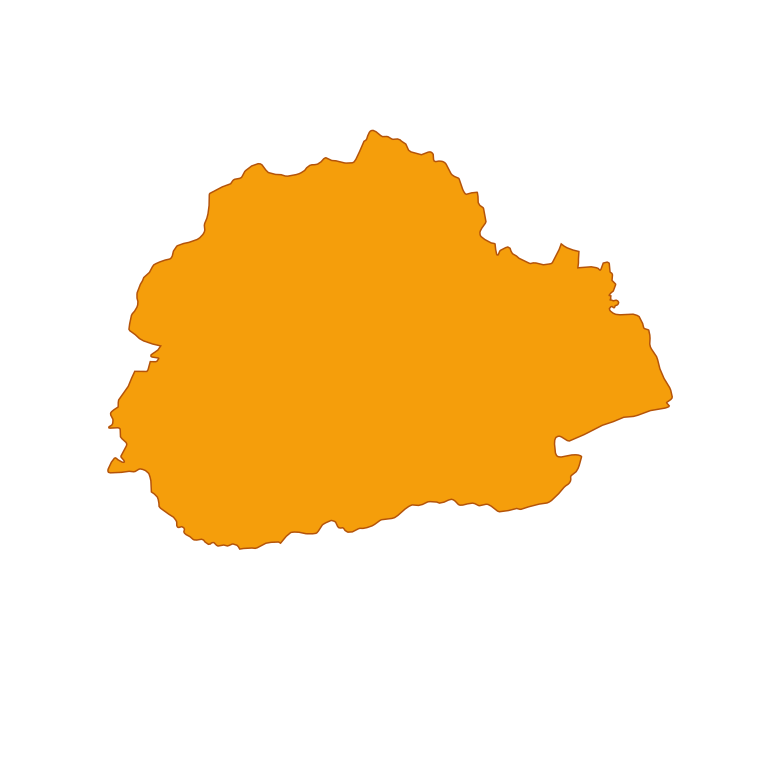 outline of Tan Ky, Nghệ An, Vietnam, rotated 28°
{"feature_id": "81297802B12421029194754", "entity_name": "Tan Ky", "entity_type": "district", "adm_level": 2, "iso_a3": "VNM", "parent_name": "Vietnam", "parent_adm1": "Nghệ An", "projection": "equal_earth", "projection_center": [105.224, 19.102], "detail": "fine", "context": "isolated", "style": "filled", "palette": "amber", "viewbox_px": 768, "rotation_deg": 28, "n_neighbors": 0, "source": "geoboundaries", "source_scale": "gbopen_adm2", "svg_char_len": 6170}
<svg xmlns="http://www.w3.org/2000/svg" viewBox="0 0 768 768"><g transform="rotate(28 384 384)"><path d="M367.4,573.1L369.2,564.3L371.4,558.9L372.1,558.3L374.3,556.8L378.5,554.8L385.5,552.8L391.4,549.7L394.0,547.8L394.6,546.8L395.1,544.6L395.7,537.6L396.1,536.5L397.8,533.8L401.2,529.5L401.8,529.1L404.0,528.6L406.0,528.6L410.0,531.6L411.6,532.1L413.4,531.5L415.0,530.3L416.4,530.5L418.4,531.6L421.0,531.8L421.8,531.7L425.5,529.4L429.4,523.8L430.5,522.7L433.2,521.4L436.4,518.8L440.1,514.8L441.7,512.2L444.5,506.4L445.5,505.0L454.2,498.9L456.1,497.0L457.9,493.6L461.3,484.5L463.4,480.4L464.7,478.6L465.7,477.5L471.5,475.0L474.5,472.3L478.0,467.5L479.9,466.2L485.9,463.5L488.9,463.1L492.5,460.1L495.5,456.1L497.7,454.1L499.6,453.7L501.8,454.0L506.3,455.5L508.0,455.3L510.4,453.9L513.9,450.7L518.1,447.6L520.4,447.0L524.6,446.9L525.5,446.6L530.6,442.2L532.3,441.5L536.0,441.5L543.9,442.9L545.9,442.6L553.3,437.3L559.6,431.6L562.9,430.8L563.9,430.2L569.4,424.5L577.5,417.1L583.8,412.5L585.3,410.6L586.6,408.2L589.7,398.8L591.4,390.9L592.2,388.7L593.6,386.1L594.2,384.1L594.2,382.1L593.7,380.5L592.4,378.4L592.3,377.6L592.3,377.0L594.8,371.2L595.0,367.5L594.6,364.4L592.7,355.9L592.4,355.3L591.3,355.1L588.9,355.5L586.5,356.5L583.1,358.5L574.7,365.3L572.3,366.3L571.1,366.4L569.9,366.1L567.8,364.5L562.7,356.9L561.1,353.4L560.8,350.6L562.1,348.6L563.4,347.7L565.4,347.4L572.4,347.9L574.4,347.3L584.3,334.9L596.2,317.9L604.1,309.6L611.3,300.8L619.5,295.5L622.7,292.5L631.7,282.4L643.6,273.2L645.2,271.5L646.1,270.3L646.1,269.4L642.5,268.0L642.2,267.6L644.5,263.1L644.9,261.3L644.5,260.0L640.1,254.9L637.9,253.1L628.6,247.6L620.5,241.1L614.2,234.1L611.8,231.9L603.6,227.5L601.8,226.2L599.9,224.0L597.4,218.7L595.7,216.0L592.5,212.2L591.8,212.1L588.1,212.8L587.3,212.6L586.7,212.2L584.0,209.2L577.6,204.7L575.3,204.6L571.2,205.4L559.9,212.1L555.9,213.7L553.1,213.9L550.0,213.4L548.6,212.8L547.6,211.6L548.0,209.4L548.9,208.5L550.8,208.8L551.4,208.6L551.6,207.8L551.4,206.2L552.4,205.3L553.0,204.4L553.2,203.1L552.8,201.7L551.3,200.9L549.6,201.0L547.4,202.9L545.3,203.1L544.4,203.6L544.0,203.0L544.1,202.0L543.5,201.2L543.0,199.7L541.3,200.1L541.1,199.7L541.6,197.1L542.8,194.2L541.9,187.6L541.5,187.0L536.7,185.5L534.7,180.8L534.1,179.9L533.1,179.3L531.4,179.1L530.8,178.7L526.4,172.0L525.7,171.5L523.8,171.6L520.8,174.3L521.7,180.9L521.5,181.9L520.9,182.1L518.7,181.4L516.7,181.7L512.0,183.2L500.6,190.4L498.9,185.9L497.1,182.5L493.9,175.5L487.9,177.0L481.7,177.8L478.4,177.7L474.7,177.1L475.5,183.0L475.7,197.4L475.5,198.4L475.0,199.3L473.4,200.6L468.8,203.9L461.4,205.8L458.9,207.0L456.8,208.9L455.4,209.2L444.1,209.6L440.9,208.8L436.9,208.7L435.7,208.3L433.7,207.0L431.6,205.0L429.0,204.9L427.4,206.5L424.2,211.1L423.8,212.3L424.2,216.3L423.5,216.9L423.1,216.9L422.5,216.5L419.5,212.9L416.3,208.2L415.3,208.2L412.5,209.1L405.3,209.1L400.6,208.3L399.6,207.8L398.7,207.0L397.5,205.1L397.2,203.6L397.2,200.5L398.0,194.5L397.8,192.8L389.5,182.3L388.7,181.8L384.7,181.3L382.0,179.6L379.0,174.4L376.6,171.2L376.2,171.0L371.6,174.1L367.6,177.9L366.2,177.8L364.1,176.7L362.2,175.3L354.1,167.7L353.2,167.3L348.8,167.7L346.0,167.4L344.4,166.8L335.6,160.7L333.7,160.0L331.4,160.0L329.8,160.5L327.8,161.4L325.2,163.4L323.7,163.6L322.4,162.6L319.6,158.1L318.2,157.4L316.5,157.2L315.6,157.5L314.2,158.5L309.4,164.0L298.9,166.4L295.9,166.0L290.6,161.9L285.4,161.4L283.6,160.9L280.9,161.3L277.0,163.8L275.7,164.0L271.5,163.8L270.2,164.2L266.5,166.3L264.4,166.2L258.5,165.0L255.3,165.2L254.1,166.0L253.3,167.0L252.9,168.7L253.1,172.5L253.7,175.7L253.5,177.3L252.4,179.1L253.3,190.1L253.7,198.9L253.3,202.0L252.3,203.5L247.1,206.6L245.5,207.3L236.8,209.5L232.9,211.2L226.6,211.5L226.0,211.9L225.1,213.4L224.1,217.4L222.1,221.1L220.0,222.8L217.3,224.4L215.8,225.9L214.2,229.4L213.7,232.7L211.7,236.3L210.3,238.2L208.1,240.4L201.4,245.7L199.3,246.7L194.9,247.5L189.8,249.9L182.6,251.6L179.3,250.6L173.4,247.8L171.5,247.7L169.4,248.6L164.8,253.6L161.6,260.6L161.3,261.8L161.3,267.8L161.0,268.9L160.0,270.2L156.1,273.3L155.3,274.5L155.0,275.6L154.6,279.2L148.7,285.8L140.8,297.4L140.7,298.3L141.1,299.3L145.8,308.6L148.7,316.4L149.8,320.9L150.3,326.4L150.9,328.3L153.5,332.2L154.0,334.2L153.9,337.0L152.7,341.4L151.2,344.1L145.3,350.5L141.0,354.1L136.6,359.0L136.3,359.8L135.7,365.5L137.0,370.5L136.9,372.7L136.2,374.2L132.6,377.3L128.8,381.4L126.2,384.7L124.8,386.9L124.5,389.2L124.5,395.6L121.9,402.8L122.3,406.1L122.1,410.4L123.2,419.3L123.8,420.8L125.6,424.1L128.0,426.7L129.4,429.8L129.8,432.3L129.7,434.4L129.6,436.8L128.8,440.0L128.8,442.0L131.2,450.3L133.1,455.4L134.6,456.3L141.2,457.2L146.8,458.7L151.6,458.8L161.0,457.3L169.0,455.2L168.4,460.2L164.8,467.2L164.7,467.9L165.2,468.9L165.9,469.1L166.8,469.0L172.2,467.1L173.0,467.1L173.2,467.4L172.8,470.6L171.8,471.6L167.1,474.0L169.0,482.3L168.7,484.3L158.0,489.8L158.4,497.3L159.3,506.1L157.2,522.7L158.1,525.2L159.9,528.7L160.0,529.2L157.6,533.6L156.5,536.3L156.3,537.5L156.4,538.3L157.3,539.7L161.2,542.4L162.0,543.8L163.0,546.3L162.9,548.2L161.3,550.8L161.5,551.7L161.8,551.9L162.8,551.6L169.5,547.6L170.5,547.3L171.9,547.5L172.5,548.1L176.1,554.3L178.2,555.3L183.7,556.7L185.1,557.8L185.6,559.4L185.6,571.2L186.2,572.0L190.2,573.6L190.9,574.1L191.3,574.7L190.9,575.4L189.7,575.9L184.6,575.8L182.7,575.3L181.6,575.3L180.8,576.1L180.0,581.1L180.4,588.7L180.7,589.7L181.5,590.9L182.2,591.3L184.1,590.9L193.6,585.3L200.0,580.7L204.2,579.0L205.4,578.0L207.4,574.6L208.4,573.5L211.0,572.7L214.0,572.4L217.6,573.2L218.8,573.8L221.2,576.1L223.6,578.9L229.3,588.5L232.8,588.9L236.9,590.2L238.8,591.9L241.2,594.9L242.9,597.7L245.0,598.6L255.3,600.0L260.7,600.4L264.2,602.0L265.7,603.1L267.5,606.3L268.4,607.0L269.3,607.3L270.2,607.0L272.4,604.9L274.1,604.9L275.0,605.1L276.0,605.9L276.7,608.5L277.9,609.4L280.0,609.9L284.4,609.9L288.2,610.8L289.5,610.8L291.9,609.7L295.8,606.7L298.0,606.5L300.1,607.5L304.2,608.0L305.8,606.8L306.3,605.3L307.4,604.3L308.4,603.9L311.8,605.0L313.5,605.0L318.1,601.4L321.8,600.5L323.0,599.3L325.1,596.6L325.9,596.1L329.9,595.4L331.9,596.1L334.1,597.5L337.3,595.1L344.4,590.8L347.4,589.6L348.9,588.2L354.5,580.0L358.6,576.8L365.1,573.0L367.4,573.1Z" fill="#f59e0b" stroke="#b45309" stroke-width="1.5"/></g></svg>